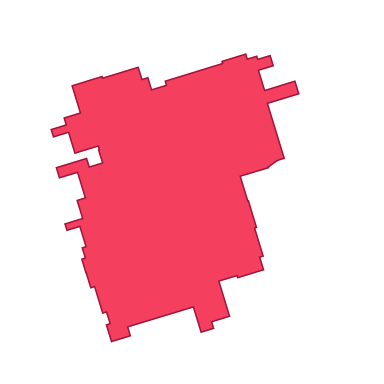 Cue, Western Australia, Australia (Equal Earth projection), rotated 73°
{"feature_id": "25037944B79165272170091", "entity_name": "Cue", "entity_type": "district", "adm_level": 2, "iso_a3": "AUS", "parent_name": "Australia", "parent_adm1": "Western Australia", "projection": "equal_earth", "projection_center": [117.893, -27.226], "detail": "fine", "context": "isolated", "style": "filled", "palette": "rose", "viewbox_px": 384, "rotation_deg": 73, "n_neighbors": 0, "source": "geoboundaries", "source_scale": "gbopen_adm2", "svg_char_len": 2055}
<svg xmlns="http://www.w3.org/2000/svg" viewBox="0 0 384 384"><g transform="rotate(73 192 192)"><path d="M69.8,200.8L69.8,207.0L57.0,207.0L57.0,244.2L55.3,244.2L55.3,257.2L55.4,272.2L55.4,275.6L67.4,275.6L73.8,275.6L83.8,275.6L83.8,292.6L84.5,292.6L91.1,292.6L91.1,308.4L98.8,308.4L98.8,292.6L101.8,292.6L104.1,292.6L106.4,292.6L109.4,292.6L112.4,292.6L113.9,292.6L117.6,292.6L120.7,292.6L120.6,283.0L120.6,282.5L120.6,268.2L124.5,268.2L124.5,269.0L138.1,269.0L138.1,281.6L138.1,282.2L138.1,283.0L133.2,283.0L130.8,283.0L129.1,283.0L129.1,314.6L139.7,314.6L139.7,295.7L147.1,295.7L149.5,295.7L155.6,295.7L160.5,295.7L161.1,295.7L166.5,295.7L166.5,304.3L177.2,304.3L185.4,304.3L185.4,307.5L185.4,311.1L185.4,322.8L192.1,322.8L192.1,309.3L209.2,309.3L210.0,309.3L213.3,309.3L213.3,313.3L218.9,313.3L224.0,313.3L224.0,316.2L224.0,317.0L225.2,317.0L238.1,317.0L238.1,316.8L254.0,316.8L254.0,312.8L259.8,312.8L272.6,312.8L281.7,312.8L281.7,308.8L288.8,308.8L294.0,308.8L294.0,312.7L311.5,312.7L311.5,293.0L302.2,293.0L302.2,262.7L302.3,239.5L302.3,234.8L302.3,224.3L328.7,224.3L328.7,211.2L326.4,211.2L324.1,211.2L321.8,211.2L321.8,192.4L320.2,192.4L314.5,192.4L307.9,192.4L306.3,192.4L293.2,192.4L285.0,192.4L285.1,173.4L287.3,173.4L287.3,168.3L287.3,160.9L287.3,146.3L274.1,146.3L274.1,142.7L244.7,142.7L244.7,140.7L230.9,140.7L227.8,140.7L226.0,140.7L217.0,140.6L217.0,141.3L215.1,141.3L210.4,141.3L195.1,141.3L194.2,141.3L191.8,141.3L191.0,141.3L191.1,111.7L190.3,111.7L189.8,109.7L188.7,107.0L188.2,105.4L187.5,103.2L186.9,101.0L186.8,99.6L186.7,98.8L186.7,98.6L186.7,97.7L186.7,96.8L186.8,94.0L178.1,94.0L175.0,94.0L160.5,94.0L152.4,94.0L139.7,94.0L129.3,94.0L129.3,89.1L129.3,75.5L129.3,61.2L116.1,61.2L116.2,84.5L116.2,92.9L95.0,92.9L95.0,77.4L94.9,77.4L94.3,77.4L92.7,77.4L85.1,77.4L84.6,77.4L84.4,77.4L84.4,90.4L81.1,90.4L81.1,93.2L81.1,100.3L75.8,100.3L75.9,125.1L78.1,125.1L78.1,135.2L78.1,136.1L78.2,185.2L81.1,185.2L82.5,185.2L82.5,186.8L82.5,196.5L82.5,200.8L75.0,200.8L69.8,200.8Z" fill="#f43f5e" stroke="#9f1239" stroke-width="1.5"/></g></svg>